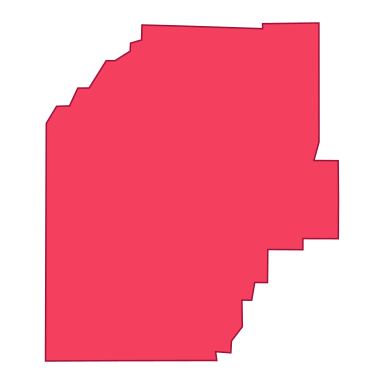 Venango, Pennsylvania, United States of America (Albers equal-area conic projection)
{"feature_id": "52423323B82006057741431", "entity_name": "Venango", "entity_type": "district", "adm_level": 2, "iso_a3": "USA", "parent_name": "United States of America", "parent_adm1": "Pennsylvania", "projection": "albers", "projection_center": [-79.716, 41.398], "detail": "fine", "context": "isolated", "style": "filled", "palette": "rose", "viewbox_px": 384, "rotation_deg": 0, "n_neighbors": 0, "source": "geoboundaries", "source_scale": "gbopen_adm2", "svg_char_len": 534}
<svg xmlns="http://www.w3.org/2000/svg" viewBox="0 0 384 384"><path d="M216.8,360.5L215.6,351.7L230.8,352.8L231.5,340.9L242.3,326.8L241.9,300.1L251.7,300.2L254.7,282.5L267.5,282.6L267.8,249.5L302.9,249.7L302.9,238.6L338.3,238.7L338.5,200.8L338.2,160.7L313.9,160.5L319.0,142.0L318.9,23.0L262.6,23.7L262.6,28.7L175.8,25.9L142.0,25.0L141.6,39.9L130.5,43.2L130.2,51.1L115.0,60.7L106.2,60.7L89.1,88.0L77.8,88.1L69.5,105.9L56.6,106.3L46.3,123.4L45.5,361.0L109.7,360.7L216.8,360.5Z" fill="#f43f5e" stroke="#9f1239" stroke-width="1.5"/></svg>